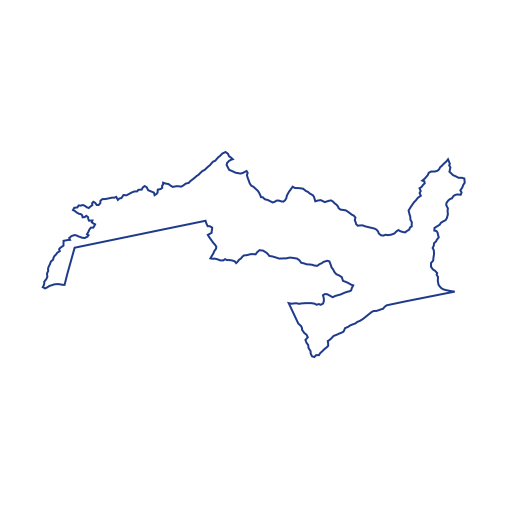 the district of Pilar de Goiás, Goiás, Brazil, rotated 264°
{"feature_id": "56859067B30351228728682", "entity_name": "Pilar de Goiás", "entity_type": "district", "adm_level": 2, "iso_a3": "BRA", "parent_name": "Brazil", "parent_adm1": "Goiás", "projection": "robinson", "projection_center": [-49.514, -14.535], "detail": "fine", "context": "isolated", "style": "outline", "palette": "blue", "viewbox_px": 512, "rotation_deg": 264, "n_neighbors": 0, "source": "geoboundaries", "source_scale": "gbopen_adm2", "svg_char_len": 6085}
<svg xmlns="http://www.w3.org/2000/svg" viewBox="0 0 512 512"><g transform="rotate(264 256 256)"><path d="M247.3,40.7L245.8,42.9L246.6,45.0L247.8,47.5L248.9,52.6L248.8,56.0L248.3,58.2L247.6,60.4L247.3,62.6L258.0,66.5L283.2,76.5L292.3,168.4L296.3,209.5L294.5,209.8L292.5,210.4L290.7,211.1L290.5,213.1L288.8,215.4L287.1,215.1L285.3,214.5L283.7,214.3L282.0,210.3L279.9,211.3L273.7,214.8L271.2,216.6L269.3,217.5L267.4,217.0L265.3,215.1L262.7,213.6L260.2,211.7L258.4,210.4L257.8,212.3L257.7,214.7L256.9,217.0L255.4,220.0L255.0,222.9L256.1,224.9L255.0,226.6L254.8,228.6L254.2,231.4L253.0,234.2L251.0,235.5L252.4,237.3L254.0,238.7L255.2,240.9L256.6,242.2L257.8,243.9L257.8,246.9L258.4,251.0L258.1,253.9L257.7,255.8L259.7,257.6L261.4,260.1L260.6,263.6L258.1,266.8L256.3,268.3L254.7,269.2L253.8,272.4L252.4,275.7L251.0,278.8L250.8,282.1L250.5,285.7L250.9,289.4L250.2,292.8L249.1,296.6L247.1,298.8L244.6,300.2L243.5,303.3L242.4,305.6L242.0,308.3L241.4,311.0L240.5,312.8L239.8,315.8L241.4,318.7L241.9,320.6L243.1,322.5L243.8,326.4L243.0,328.4L239.4,329.4L236.6,330.0L234.6,331.3L232.5,332.0L230.8,333.0L229.4,334.1L228.0,336.6L226.0,339.1L222.2,339.9L220.5,343.3L219.1,345.5L217.5,347.7L216.6,349.6L214.0,347.9L211.8,347.0L211.1,345.1L210.9,343.2L210.3,340.5L208.9,336.1L208.0,330.7L207.0,327.9L209.2,324.8L210.6,322.7L210.9,320.4L210.0,318.5L208.3,318.8L206.4,319.0L204.1,318.8L201.7,317.7L200.7,315.3L201.6,313.5L201.2,311.1L202.4,309.4L203.3,306.3L203.9,300.9L204.1,296.1L203.9,294.0L204.6,291.9L204.9,289.2L204.8,286.5L205.7,283.6L184.4,291.0L181.6,293.5L179.5,294.2L177.8,294.1L176.3,294.9L174.5,295.9L172.3,298.1L169.7,299.0L167.4,296.4L164.3,297.2L162.1,298.6L159.1,298.6L155.7,300.3L153.2,300.2L150.4,301.2L149.4,303.5L151.1,305.4L150.8,308.2L152.7,309.7L154.2,311.8L156.1,314.1L157.6,316.5L159.1,318.4L161.8,318.6L163.9,318.5L164.7,320.2L166.3,322.4L168.4,324.8L169.2,327.9L170.0,330.1L170.8,333.1L171.6,335.1L173.2,336.1L174.9,337.0L176.0,340.4L177.2,342.6L177.8,344.8L178.6,347.9L179.9,349.9L180.6,352.5L182.2,355.8L184.3,359.1L188.2,365.1L189.0,367.3L188.8,370.3L189.4,372.8L189.9,374.8L190.2,376.8L192.0,378.6L193.3,380.8L195.0,397.5L195.3,400.3L199.8,449.9L200.6,446.6L201.9,442.3L203.3,438.7L204.6,437.0L206.6,435.5L208.4,434.5L212.3,434.2L216.1,434.8L218.5,433.7L220.1,434.4L222.6,432.5L224.2,430.5L227.0,428.9L230.7,429.3L232.9,431.7L236.6,432.5L238.7,433.1L240.5,433.4L243.3,433.4L245.5,432.5L247.7,433.9L250.1,434.4L251.7,436.6L253.2,437.5L255.5,439.7L258.1,439.2L260.4,439.0L261.9,438.1L262.7,436.0L265.3,436.5L266.8,439.7L267.9,441.9L269.8,443.5L271.0,446.1L271.8,448.3L273.8,449.8L277.4,451.2L280.5,451.2L283.3,451.8L286.8,450.5L288.9,451.0L291.1,453.0L292.4,455.0L292.9,456.9L295.1,458.8L295.9,460.5L296.2,462.5L295.5,466.0L297.7,467.1L299.9,466.1L302.5,468.3L305.0,469.5L307.0,471.2L309.4,471.3L311.3,471.3L312.2,469.1L312.6,465.6L314.1,463.4L315.8,460.4L319.6,457.2L323.8,458.6L325.9,457.6L327.5,458.4L329.4,457.9L332.1,457.1L330.4,455.5L327.7,451.9L326.3,450.3L325.0,448.4L323.0,447.1L321.8,445.4L321.3,442.5L321.7,439.1L320.7,436.5L318.4,435.2L315.4,432.0L313.6,429.3L312.7,431.2L310.7,431.4L309.1,429.4L307.3,427.8L306.3,425.7L303.4,426.6L301.5,425.3L298.7,426.2L297.0,423.1L294.6,420.8L292.9,418.7L290.9,417.0L288.8,415.2L285.3,412.5L280.9,413.1L279.3,413.5L275.9,413.4L273.3,414.5L271.0,414.1L269.2,414.0L268.2,412.1L266.3,411.2L265.0,408.5L263.9,406.9L264.5,404.5L265.7,401.9L266.9,400.4L266.0,398.5L263.9,395.9L263.1,392.8L262.9,389.5L263.6,387.0L263.0,385.0L263.5,382.5L265.6,380.5L267.7,379.9L269.6,378.6L270.8,376.9L271.8,374.1L274.1,367.6L275.3,365.4L275.5,362.9L275.5,360.3L277.3,358.9L279.3,358.6L281.2,358.0L283.9,358.9L286.0,357.4L287.0,355.7L290.2,352.3L292.1,349.9L292.8,347.0L293.3,344.9L294.9,343.2L296.7,342.7L298.6,341.4L300.1,339.8L302.3,338.0L303.4,336.5L303.3,334.3L302.4,330.1L304.8,326.2L304.7,323.2L304.2,320.7L308.5,319.9L310.3,319.1L312.6,315.9L314.3,314.4L315.4,312.5L318.0,309.8L318.9,306.5L319.6,301.7L321.1,299.7L318.6,297.5L316.3,295.4L313.0,293.1L310.4,292.2L308.4,290.8L307.2,288.8L307.8,286.5L308.7,284.6L309.0,282.4L307.9,280.1L307.5,278.2L310.5,273.5L311.5,270.7L313.7,268.9L314.0,267.1L316.1,266.6L318.5,265.7L320.4,264.8L321.8,263.6L325.1,260.7L326.4,258.7L328.7,257.4L331.3,256.8L334.1,256.0L337.4,255.4L339.5,256.4L341.5,255.5L340.0,251.6L339.6,249.2L341.0,244.3L342.3,242.3L344.5,238.3L349.6,236.3L351.5,236.9L353.3,239.0L354.2,240.9L354.7,243.0L356.8,241.1L358.0,239.6L360.6,238.8L362.6,236.5L361.4,233.2L359.3,230.7L358.2,228.9L356.6,227.1L355.0,225.4L354.3,223.1L352.7,221.3L351.1,219.7L350.2,218.2L348.9,216.4L347.1,214.1L346.0,211.4L344.0,208.8L342.8,207.4L341.7,205.2L340.0,202.9L337.2,198.3L335.7,196.7L335.4,193.8L333.6,190.8L332.8,188.9L333.3,187.0L333.7,184.5L333.6,182.3L333.4,180.4L335.1,178.2L336.7,176.5L337.5,173.7L338.6,171.3L336.9,171.1L335.6,169.9L333.6,169.9L332.5,168.0L332.3,165.3L329.3,164.7L328.0,163.4L327.1,161.5L329.7,161.1L331.2,158.4L332.7,155.6L335.8,154.5L337.2,152.5L335.9,150.5L334.0,149.3L334.1,145.9L332.7,144.6L332.9,141.7L332.1,138.9L330.6,135.3L329.9,133.4L330.5,130.6L329.1,129.4L327.7,128.2L327.5,126.1L326.2,124.5L327.8,123.8L329.4,123.2L328.8,121.1L329.1,119.0L328.7,115.5L328.4,112.4L328.6,109.0L327.2,107.1L324.9,106.7L323.1,104.8L323.4,102.9L325.6,101.7L326.9,99.9L325.6,98.5L323.7,98.6L322.6,96.6L321.2,94.7L322.2,92.7L323.5,91.4L324.8,89.2L324.4,86.9L324.8,84.9L323.0,83.4L322.9,80.2L320.8,78.8L319.7,80.6L318.3,81.9L316.6,84.1L316.0,86.1L314.7,87.4L312.6,87.6L312.6,89.8L313.7,91.4L312.2,93.0L310.2,93.1L308.6,93.6L308.4,97.0L306.7,96.2L305.4,97.6L304.3,99.3L302.7,98.3L301.2,97.1L301.5,94.8L299.9,93.2L297.5,91.8L295.3,90.2L294.2,91.6L292.9,90.4L291.8,87.6L292.3,85.1L293.1,83.5L294.0,81.5L295.1,79.9L295.8,77.7L295.1,74.6L293.4,72.1L291.5,72.7L291.6,70.8L291.2,66.2L286.4,65.6L285.5,63.9L284.6,62.2L283.3,60.9L281.4,61.4L280.0,58.7L278.4,57.3L276.9,55.4L275.3,54.4L273.5,53.8L272.0,51.5L269.2,50.1L266.9,48.6L264.9,47.8L262.9,47.8L260.6,46.4L258.9,46.3L257.0,46.3L254.9,45.0L252.5,42.7L250.5,42.5L248.7,41.7L247.3,40.7Z" fill="none" stroke="#1e3a8a" stroke-width="2"/></g></svg>